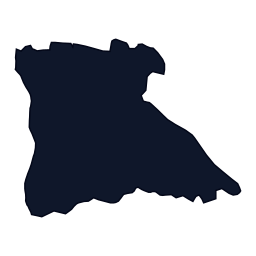 outline of Koysinjaq, Arbil, Iraq
{"feature_id": "34846034B1648663074204", "entity_name": "Koysinjaq", "entity_type": "district", "adm_level": 2, "iso_a3": "IRQ", "parent_name": "Iraq", "parent_adm1": "Arbil", "projection": "mercator", "projection_center": [44.518, 36.037], "detail": "fine", "context": "isolated", "style": "filled", "palette": "ink", "viewbox_px": 256, "rotation_deg": 0, "n_neighbors": 0, "source": "geoboundaries", "source_scale": "gbopen_adm2", "svg_char_len": 2138}
<svg xmlns="http://www.w3.org/2000/svg" viewBox="0 0 256 256"><path d="M239.5,192.6L240.6,190.9L239.5,187.8L237.6,183.7L231.5,179.0L221.9,171.1L214.2,164.6L206.4,155.1L194.6,138.1L192.1,135.0L189.3,133.0L186.0,130.6L184.9,129.9L175.0,124.4L167.5,119.6L162.9,115.2L157.3,109.7L151.0,103.9L149.3,102.6L147.1,102.2L143.3,101.2L141.1,95.4L145.8,90.3L146.6,81.7L147.1,76.6L150.2,73.2L152.7,71.5L154.6,72.0L163.7,74.2L164.5,69.8L164.5,64.0L162.6,59.5L157.6,52.7L153.2,48.2L150.2,47.9L146.6,46.5L142.2,44.1L138.3,44.5L138.3,45.5L135.0,48.6L129.2,48.6L127.8,45.2L126.4,43.1L121.2,41.3L115.8,39.3L114.0,39.8L112.0,41.0L111.4,43.2L110.8,46.9L110.0,51.4L102.9,51.1L93.3,48.4L85.3,46.2L77.2,44.5L73.4,44.0L72.8,46.9L70.8,43.5L70.0,43.5L65.8,43.3L63.0,43.2L55.2,42.5L51.4,42.5L50.2,46.2L49.8,49.9L43.1,50.1L37.1,50.9L33.5,49.2L32.5,49.2L30.5,45.5L25.5,46.7L21.1,51.1L16.4,49.2L15.6,57.6L16.0,60.8L15.8,67.4L15.4,69.4L18.0,72.4L19.9,74.4L20.9,75.8L22.3,79.3L23.5,82.3L25.3,85.7L26.3,87.5L26.9,88.4L28.9,91.6L30.3,94.4L30.9,96.6L31.1,98.5L31.5,101.0L31.1,103.7L30.7,106.4L30.1,108.2L29.9,111.9L29.7,117.3L29.5,120.3L29.3,127.2L30.3,129.9L32.1,133.6L32.5,134.6L34.7,140.2L35.7,142.9L35.5,147.9L34.5,153.5L33.5,156.2L31.3,164.4L29.9,168.5L27.7,174.0L27.1,175.9L25.9,179.4L25.3,181.8L24.9,183.3L24.9,186.3L24.9,188.7L25.1,190.7L25.7,194.1L25.9,197.8L25.7,200.8L26.1,202.2L27.1,205.0L28.1,206.2L29.1,208.6L30.9,212.1L31.6,214.5L36.0,215.4L41.8,216.7L53.9,210.9L65.5,213.7L69.4,210.9L71.6,209.2L72.3,208.3L74.0,206.2L76.5,203.8L78.5,202.8L84.0,201.4L88.4,201.1L91.1,199.4L93.6,197.7L98.6,199.7L102.5,200.7L110.5,202.8L113.5,202.8L115.7,202.4L118.4,201.1L120.9,198.0L122.6,195.6L123.7,194.3L127.6,193.3L132.2,192.6L134.2,190.9L135.6,188.1L138.0,187.1L140.2,188.5L141.9,189.5L144.1,190.5L148.5,192.2L150.7,192.2L152.4,191.5L154.6,191.5L156.0,191.9L160.1,195.0L162.6,195.3L165.3,195.0L171.4,194.6L176.1,197.7L183.0,195.6L188.5,199.0L192.9,201.4L194.6,198.4L196.0,196.3L199.0,195.0L200.1,196.3L202.0,199.0L203.7,202.8L215.8,198.7L215.8,190.5L221.9,188.5L229.1,193.3L233.2,195.0L237.3,194.3L239.5,192.6Z" fill="#0f172a" stroke="#020617" stroke-width="1.5"/></svg>